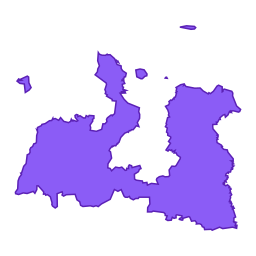 the district of Serang, Banten, Indonesia
{"feature_id": "22746128B3242616561013", "entity_name": "Serang", "entity_type": "district", "adm_level": 2, "iso_a3": "IDN", "parent_name": "Indonesia", "parent_adm1": "Banten", "projection": "mercator", "projection_center": [106.13, -6.072], "detail": "fine", "context": "isolated", "style": "filled", "palette": "violet", "viewbox_px": 256, "rotation_deg": 0, "n_neighbors": 0, "source": "geoboundaries", "source_scale": "gbopen_adm2", "svg_char_len": 5890}
<svg xmlns="http://www.w3.org/2000/svg" viewBox="0 0 256 256"><path d="M52.9,118.2L51.7,120.5L49.5,120.7L45.2,123.6L41.9,124.4L41.4,125.6L37.5,127.5L37.4,130.2L36.8,129.8L37.7,132.1L36.7,135.4L36.4,142.2L35.7,143.3L33.8,143.8L32.6,146.5L30.7,147.8L29.9,149.6L30.1,152.3L29.0,154.0L27.2,154.8L26.1,163.6L23.7,166.3L21.6,172.9L20.7,173.1L21.5,174.5L19.4,177.3L18.1,180.9L17.7,188.9L15.4,192.2L15.6,193.7L18.6,194.5L23.3,192.9L27.1,193.5L33.2,191.4L34.9,193.3L36.8,189.6L36.9,185.9L38.3,185.8L43.7,191.9L43.5,194.2L45.1,193.9L45.7,195.2L47.4,194.6L50.3,196.7L52.1,203.0L51.8,204.4L52.5,206.0L55.2,208.0L57.3,206.5L57.1,193.7L62.1,191.8L62.6,193.7L62.0,195.0L63.6,196.1L66.3,194.7L75.1,194.3L77.0,199.9L79.7,201.7L80.6,205.3L82.9,206.5L90.4,205.8L93.4,206.6L96.1,205.7L98.2,206.6L101.5,203.9L110.2,199.3L114.4,189.5L117.9,191.3L121.2,189.6L124.0,196.1L125.2,197.2L127.6,197.3L129.4,196.4L130.3,198.3L133.3,199.8L135.7,198.5L138.2,198.5L139.1,197.2L149.5,197.2L149.9,204.0L147.7,207.5L147.5,211.9L151.7,211.9L153.2,211.1L163.7,212.5L165.1,213.7L165.2,215.5L167.2,215.9L165.8,219.4L167.8,220.5L171.3,220.2L172.3,217.3L174.0,218.3L176.1,217.8L176.0,215.3L176.9,214.8L181.9,215.8L181.9,217.4L179.5,218.5L179.3,219.4L182.1,220.2L182.9,219.8L182.7,218.4L188.8,216.6L189.8,217.2L191.5,221.2L195.0,220.7L196.6,222.6L196.3,224.0L199.4,223.7L201.4,224.6L202.3,226.7L204.1,227.4L204.6,229.6L211.1,229.3L212.2,230.2L219.6,227.2L222.7,228.6L232.6,227.2L236.6,228.3L236.9,226.0L235.8,226.6L236.3,225.3L235.2,225.5L235.9,223.2L234.8,222.6L235.8,222.2L232.9,221.4L233.9,221.4L233.9,218.0L235.6,217.0L233.2,209.6L232.3,209.0L232.7,208.1L234.1,208.2L233.1,206.2L231.9,207.0L231.2,206.4L231.9,203.8L230.2,202.9L231.3,202.3L230.6,201.1L229.4,201.3L230.6,197.7L230.3,196.2L231.7,194.7L230.8,193.0L229.9,192.9L230.6,192.1L230.0,189.8L231.1,189.1L230.7,188.2L229.0,187.7L229.6,186.6L227.7,185.1L228.2,184.6L225.7,185.7L223.3,184.3L223.1,183.1L223.8,182.6L223.7,183.7L224.5,183.7L224.6,181.2L226.2,181.9L225.6,180.4L227.2,179.2L227.0,178.0L228.1,177.7L227.7,175.7L225.6,175.7L225.9,174.1L227.6,172.6L228.4,173.1L228.4,172.1L230.5,172.0L231.2,169.4L232.5,169.3L232.7,168.3L231.8,167.8L233.8,166.0L232.5,165.7L232.3,164.4L233.6,163.9L232.3,163.0L233.2,162.1L231.2,160.9L233.2,160.7L233.2,158.8L227.9,152.2L227.3,149.9L223.6,149.3L221.5,147.0L222.4,146.6L221.4,145.1L217.1,142.6L216.7,139.8L217.9,139.2L216.9,137.8L217.8,137.5L218.2,135.9L217.1,135.2L217.9,134.7L213.0,128.9L212.7,126.4L212.8,124.5L216.8,124.3L216.4,122.2L217.5,122.4L219.2,119.3L220.3,119.4L219.9,117.8L223.2,115.0L224.8,114.5L225.4,117.2L227.9,115.0L229.5,111.6L230.3,112.2L230.5,111.2L231.5,112.2L231.4,110.9L233.4,110.8L238.5,112.1L239.7,111.5L240.6,109.4L236.6,106.0L232.6,95.9L232.8,93.1L231.8,91.3L224.3,89.1L223.2,89.5L222.9,91.4L222.2,91.8L222.2,86.8L218.6,85.2L217.0,86.1L213.4,91.3L210.4,93.6L208.9,92.7L208.2,93.9L203.2,91.0L200.2,88.0L194.8,88.2L186.0,86.5L184.8,85.0L183.8,85.4L184.4,84.2L184.2,83.9L180.7,84.7L176.0,87.5L176.7,88.6L176.1,91.0L176.9,91.5L175.8,92.7L176.5,93.1L175.4,97.0L174.2,97.4L174.0,98.9L173.4,98.5L171.7,100.4L170.7,100.0L168.9,101.6L169.5,103.0L168.6,104.9L165.5,106.3L167.8,110.0L168.9,113.4L168.4,115.0L169.6,116.9L167.6,117.6L166.1,123.7L166.7,124.3L165.4,126.7L167.3,128.0L166.5,132.1L167.8,133.2L167.7,135.3L170.6,136.8L170.8,137.9L168.5,141.5L170.5,143.2L166.0,150.0L168.0,151.1L169.1,149.7L170.8,150.5L171.7,150.0L172.4,151.9L175.0,150.5L174.0,153.0L176.3,153.0L177.0,154.9L180.4,157.3L180.2,158.7L176.1,165.6L174.9,166.4L171.9,166.1L169.1,170.0L169.7,175.5L168.5,176.6L165.0,176.8L162.9,175.9L159.3,176.7L156.9,178.4L156.4,179.9L158.2,184.2L151.4,183.4L147.4,185.1L146.9,182.4L142.9,182.9L142.4,181.0L136.4,180.2L134.6,179.1L134.4,174.2L138.4,171.7L139.4,169.3L141.0,168.6L139.8,165.5L132.1,167.6L131.6,165.7L129.3,164.9L128.4,166.3L128.6,168.6L126.7,168.3L126.5,170.1L125.2,170.4L121.8,167.1L119.2,167.8L115.6,167.1L111.6,170.8L110.2,168.5L107.8,167.8L108.0,163.8L111.6,158.1L110.5,151.8L109.1,150.7L109.9,148.9L112.1,146.2L112.5,146.8L114.2,145.6L115.8,145.8L117.1,143.7L118.2,144.1L117.5,143.4L119.0,142.3L120.8,137.4L124.7,133.2L127.7,131.9L128.4,132.3L129.3,130.6L130.7,130.7L131.4,129.7L133.2,129.7L136.3,125.8L138.9,126.6L137.3,122.5L139.6,118.4L139.7,114.4L138.7,111.7L139.4,107.8L127.8,103.1L124.0,99.2L120.1,93.2L125.5,93.0L125.0,91.9L120.6,91.7L125.5,91.9L123.8,91.0L126.2,90.4L122.9,89.3L123.3,87.5L124.0,87.5L122.5,86.7L122.3,84.3L124.8,83.5L123.5,80.6L122.8,80.6L123.4,80.2L122.1,80.5L122.0,80.1L123.8,79.9L123.4,78.7L122.5,78.7L123.8,78.5L124.4,76.8L125.5,76.8L126.3,73.2L122.6,70.7L121.2,68.5L121.1,65.9L117.1,64.5L114.6,58.7L110.1,54.7L107.4,54.8L107.1,54.2L105.4,55.3L102.0,55.2L99.4,54.2L98.3,52.5L97.7,60.8L99.4,65.9L97.8,68.9L97.4,71.8L95.1,74.8L106.2,83.0L106.5,84.6L104.9,89.6L105.8,92.0L105.2,93.6L107.3,94.9L106.5,96.1L112.2,99.4L112.2,100.7L116.2,101.1L114.6,113.6L112.3,115.7L112.0,115.0L110.9,115.1L107.4,117.8L106.5,119.4L106.9,121.7L105.0,123.8L102.9,123.8L101.7,129.3L96.4,131.3L90.2,130.3L90.7,127.8L90.0,125.2L92.8,121.0L92.5,119.4L93.9,118.5L93.9,115.8L89.2,115.4L88.2,116.7L86.2,115.6L85.3,117.9L83.6,118.0L80.0,115.7L77.9,116.6L77.8,114.8L76.4,114.5L75.0,115.5L75.2,117.4L77.8,120.7L76.5,121.4L73.2,120.2L73.1,120.9L72.2,120.9L71.3,119.2L70.6,121.4L68.5,122.6L63.8,121.4L60.6,117.6L58.7,120.3L55.2,118.5L53.1,119.2L52.9,118.2ZM27.3,76.1L20.2,79.4L21.6,80.2L19.3,80.5L19.7,79.5L18.7,78.9L17.0,81.1L19.9,83.4L24.3,84.0L25.3,92.5L29.2,90.0L31.1,87.6L28.9,82.8L28.6,77.0L27.3,76.1ZM147.0,74.0L144.1,69.8L140.0,69.0L135.8,70.0L136.8,76.8L141.0,78.8L142.4,78.7L144.9,76.3L146.8,75.8L147.0,74.0ZM186.5,25.8L179.9,27.1L191.0,29.3L194.5,29.0L195.7,27.6L194.4,26.4L186.5,25.8ZM166.6,77.2L165.6,77.4L165.2,78.1L167.2,78.3L166.6,77.2ZM118.6,62.6L118.0,61.4L117.6,62.0L118.6,62.6ZM116.6,60.7L117.2,60.8L116.6,60.4L116.6,60.7Z" fill="#8b5cf6" stroke="#5b21b6" stroke-width="1.5"/></svg>